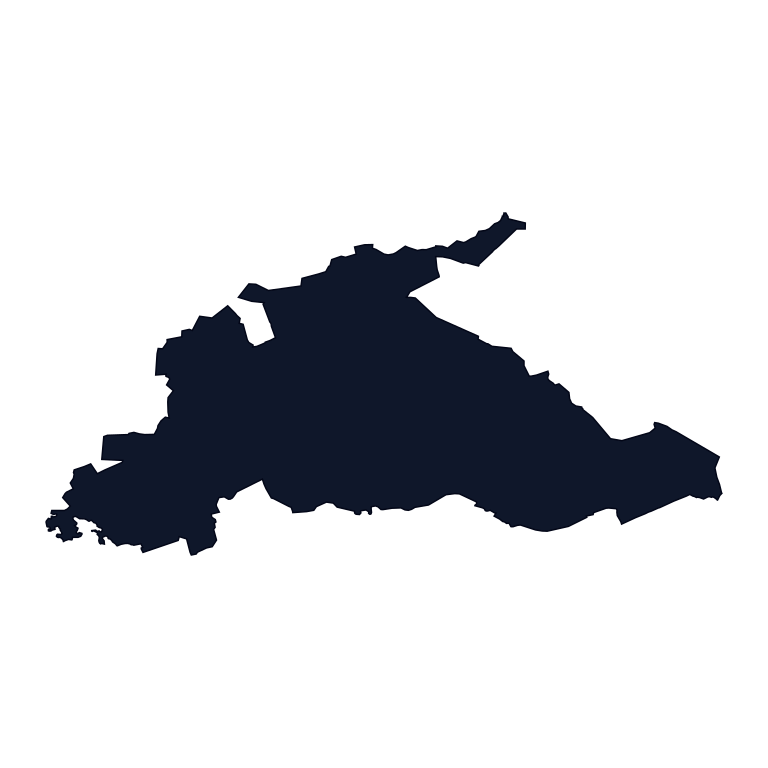 Pušas pag., Rezeknes, Latvia
{"feature_id": "27541924B59366467531122", "entity_name": "Pušas pag.", "entity_type": "district", "adm_level": 2, "iso_a3": "LVA", "parent_name": "Latvia", "parent_adm1": "Rezeknes", "projection": "robinson", "projection_center": [27.179, 56.243], "detail": "fine", "context": "isolated", "style": "filled", "palette": "ink", "viewbox_px": 768, "rotation_deg": 0, "n_neighbors": 0, "source": "geoboundaries", "source_scale": "gbopen_adm2", "svg_char_len": 6001}
<svg xmlns="http://www.w3.org/2000/svg" viewBox="0 0 768 768"><path d="M525.2,229.0L525.3,223.0L508.1,218.8L508.1,216.9L505.8,213.0L503.9,213.1L504.0,214.0L503.5,214.6L503.6,216.4L502.4,216.1L502.2,217.1L500.6,220.5L498.1,222.5L494.6,223.8L489.3,228.7L485.3,230.5L478.9,231.3L476.2,236.3L475.4,237.0L471.1,238.7L465.8,241.9L463.6,242.6L457.0,240.9L447.6,248.2L442.5,246.3L435.8,245.9L435.9,246.8L426.3,249.7L422.0,249.6L417.4,250.5L408.5,247.6L405.3,246.2L396.0,252.7L393.3,254.0L388.1,254.9L384.0,254.1L376.1,249.5L372.4,248.2L372.7,244.6L364.5,244.8L354.6,247.0L356.2,254.1L345.6,257.3L341.2,256.3L331.7,259.6L330.0,265.9L328.7,266.4L325.8,271.7L318.5,274.0L302.0,278.4L301.0,286.0L268.4,290.5L255.9,284.3L248.9,283.9L238.4,297.3L251.7,301.3L264.2,302.6L263.1,304.2L269.8,321.9L271.1,323.6L271.4,326.3L275.5,337.7L269.8,340.6L265.2,342.2L264.9,343.0L260.5,344.9L256.8,346.4L252.6,347.0L253.1,345.1L248.8,342.5L247.3,339.9L243.1,324.3L239.2,323.3L240.1,318.4L236.9,315.5L235.5,313.7L227.7,305.8L212.1,318.0L199.7,316.3L192.3,330.5L189.3,329.4L182.0,331.0L181.8,336.8L167.1,339.6L167.2,342.3L162.6,348.8L158.2,348.5L157.1,353.7L155.7,375.0L166.2,374.2L165.8,376.0L166.3,376.5L168.1,377.1L169.5,378.3L169.7,379.3L166.6,384.9L173.4,390.7L168.1,397.6L167.8,402.0L168.1,412.2L169.2,418.0L165.3,417.2L161.1,420.8L158.0,425.6L157.5,428.4L154.3,434.4L144.7,434.6L139.4,433.9L133.9,432.4L129.0,433.4L128.4,434.6L107.4,435.3L103.8,436.6L101.8,459.4L122.9,460.4L122.2,462.4L105.0,469.9L97.3,473.7L90.7,463.9L84.2,466.6L74.2,469.9L73.5,472.6L74.2,474.1L73.4,478.4L70.3,483.0L73.3,488.8L66.5,492.2L65.1,493.6L62.7,497.6L70.3,506.1L67.4,509.0L64.4,510.5L51.8,510.5L51.1,513.3L53.6,514.5L55.4,514.0L56.7,514.1L56.8,515.0L56.5,515.9L55.9,516.3L53.9,516.9L53.2,516.9L52.3,516.2L51.4,516.3L51.2,517.9L51.6,518.3L51.5,518.7L50.5,519.0L48.4,518.4L46.2,521.3L46.1,522.4L47.0,526.6L48.0,527.0L49.4,527.0L50.2,527.8L50.3,529.5L49.9,529.5L49.4,529.0L48.8,529.1L48.4,529.5L48.4,530.8L49.1,531.1L50.9,531.0L52.4,530.0L54.8,529.4L55.0,529.3L54.7,528.5L54.9,528.1L54.6,527.3L54.9,526.9L57.5,526.1L58.8,526.4L58.9,527.5L60.3,529.0L60.1,529.4L60.3,530.3L61.5,532.0L62.0,533.7L60.7,534.5L57.5,534.2L56.9,534.7L56.4,536.2L57.3,537.2L58.4,537.5L59.7,537.3L61.4,538.1L63.0,539.9L63.4,541.5L63.7,541.5L64.6,540.8L68.5,539.4L71.8,539.9L72.2,539.2L72.4,538.2L72.2,537.9L72.5,537.3L78.1,537.3L80.7,536.3L82.0,534.1L81.9,533.4L79.3,532.6L78.9,532.8L78.7,533.7L77.4,533.7L76.9,533.0L76.2,532.6L76.4,531.4L77.1,530.7L78.0,528.4L77.9,528.0L76.4,527.4L74.6,525.5L76.1,524.9L76.8,523.8L76.8,523.0L73.5,520.1L72.8,518.5L73.3,516.8L75.9,516.4L79.6,518.7L84.3,518.8L86.5,519.6L88.6,521.1L89.2,521.2L90.3,520.5L91.7,520.4L94.0,522.7L95.8,523.1L97.3,525.2L97.0,526.0L97.8,526.6L99.2,527.5L101.5,528.1L102.3,529.2L102.3,529.7L101.8,531.3L101.2,531.9L100.2,531.8L99.1,530.9L97.0,531.4L95.7,530.1L91.7,530.6L91.7,531.1L92.2,531.4L93.6,530.8L97.1,532.5L97.5,533.1L97.2,534.5L98.6,535.6L99.1,536.8L99.3,537.7L98.8,540.6L99.1,542.0L99.7,543.2L100.6,543.9L101.7,543.5L104.4,544.1L104.1,540.8L102.6,539.0L102.4,537.7L102.9,537.1L105.7,535.9L106.2,535.9L107.5,536.6L108.3,537.9L108.2,538.4L108.4,538.6L110.4,539.1L111.8,540.6L112.6,541.9L115.5,543.9L116.9,545.7L117.4,545.8L121.1,544.3L125.0,543.5L127.8,543.4L130.1,544.0L131.1,544.7L132.8,544.8L133.8,545.2L140.9,543.8L142.7,547.3L141.2,548.1L141.4,549.3L143.0,552.4L178.2,540.4L179.2,536.6L186.6,538.9L190.1,552.3L191.3,555.0L196.2,554.0L197.4,552.2L206.6,547.9L212.2,546.7L216.5,540.1L213.6,529.4L215.1,527.3L214.3,523.2L215.9,522.0L215.3,519.6L211.8,517.3L211.2,514.1L219.3,512.1L216.4,506.3L216.2,504.3L218.9,497.6L224.3,496.8L228.4,499.2L230.3,499.1L232.3,498.0L233.5,496.6L236.7,491.9L262.4,479.1L264.1,484.3L266.1,488.8L271.4,498.0L273.6,498.6L288.9,506.4L291.2,507.3L292.6,511.3L292.8,512.6L306.6,511.6L313.8,510.3L316.4,506.6L326.4,502.1L333.3,503.1L337.1,507.1L354.6,511.2L354.6,512.8L354.9,513.4L355.8,514.1L356.7,514.3L359.5,514.5L360.9,512.9L360.5,511.3L360.7,510.8L365.6,510.0L366.4,510.2L368.8,511.8L368.6,513.3L369.6,514.2L370.3,514.2L371.0,513.9L371.5,512.4L371.1,508.6L371.3,506.7L375.5,505.9L378.0,506.8L381.0,509.5L382.9,509.6L392.1,508.2L401.0,507.9L405.0,509.9L408.5,510.3L411.6,509.3L415.0,507.3L428.5,505.0L446.0,494.7L454.8,493.6L458.6,493.8L459.5,493.9L476.5,501.9L476.6,503.7L476.4,504.2L475.0,505.2L474.9,505.7L482.5,507.8L484.4,508.8L485.2,510.5L486.2,511.0L487.6,511.0L490.2,510.3L494.6,512.9L496.0,513.1L494.1,516.1L499.7,519.1L502.7,521.5L504.5,521.9L506.5,523.4L509.0,523.2L510.9,526.6L511.3,526.7L513.1,526.7L517.6,525.3L520.4,525.0L535.5,529.9L542.2,531.0L545.3,531.1L547.2,531.2L568.4,526.4L586.8,517.3L586.4,516.0L593.1,514.6L593.6,512.6L606.1,508.2L608.8,508.0L615.9,508.7L616.6,509.1L617.0,510.2L616.9,512.4L617.3,515.6L620.8,521.6L621.6,524.1L635.4,517.7L645.2,513.7L648.4,512.1L651.1,511.2L658.5,507.9L659.5,507.7L673.8,501.1L686.3,496.1L689.8,494.4L693.1,496.2L694.3,496.4L696.5,497.5L697.3,497.2L699.5,497.5L703.6,499.0L707.6,497.0L709.1,496.6L711.6,497.3L712.6,496.8L714.0,497.3L716.8,499.4L717.3,500.1L717.6,500.0L719.8,495.5L721.9,493.3L721.5,492.7L719.5,484.5L716.8,477.2L714.9,467.9L719.3,457.0L676.0,431.7L672.0,429.9L667.0,426.4L658.4,423.2L654.7,422.6L654.1,424.3L655.2,428.1L649.7,432.7L621.9,440.7L610.5,438.7L592.7,417.5L582.8,409.6L582.9,409.0L581.9,407.9L581.7,407.0L575.8,406.0L571.6,403.2L569.6,398.8L568.9,392.4L559.0,383.9L555.1,385.1L554.2,384.6L553.4,383.4L549.3,380.6L548.1,379.3L547.8,378.2L547.8,377.0L548.7,374.1L547.9,371.2L536.5,375.1L531.0,376.2L529.2,376.1L524.0,365.7L524.0,361.0L512.8,351.6L511.1,348.3L491.9,346.3L487.9,343.8L486.6,343.7L478.1,339.2L478.4,336.3L436.2,317.5L415.3,298.0L410.6,297.4L406.4,297.4L406.2,297.2L406.9,296.8L409.9,291.8L439.2,276.8L439.0,275.3L437.2,269.9L436.7,266.7L435.7,256.6L442.5,256.8L450.5,258.4L463.2,263.1L465.7,262.6L478.5,266.0L478.8,265.6L478.1,265.2L492.2,252.0L492.0,251.9L495.3,248.7L495.6,248.8L498.8,246.0L516.5,229.0L525.2,229.0Z" fill="#0f172a" stroke="#020617" stroke-width="1.5"/></svg>